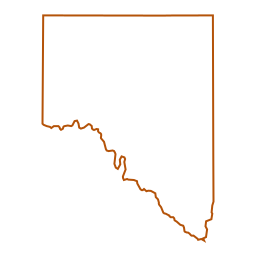 the district of Val Verde, Texas, United States of America
{"feature_id": "52423323B42666839171000", "entity_name": "Val Verde", "entity_type": "district", "adm_level": 2, "iso_a3": "USA", "parent_name": "United States of America", "parent_adm1": "Texas", "projection": "equal_earth", "projection_center": [-101.192, 29.763], "detail": "fine", "context": "isolated", "style": "outline", "palette": "amber", "viewbox_px": 256, "rotation_deg": 0, "n_neighbors": 0, "source": "geoboundaries", "source_scale": "gbopen_adm2", "svg_char_len": 1516}
<svg xmlns="http://www.w3.org/2000/svg" viewBox="0 0 256 256"><path d="M171.2,15.5L169.3,15.5L164.0,15.6L43.2,15.4L42.5,123.7L43.6,124.8L46.7,126.1L50.0,126.9L51.3,128.0L53.9,126.1L58.4,126.1L59.6,127.4L60.0,128.8L61.0,129.8L62.8,128.8L63.5,126.7L64.2,126.2L67.8,125.5L71.2,126.1L72.4,125.4L74.6,121.1L77.0,120.6L78.5,123.6L79.2,127.6L80.9,128.6L84.0,127.6L88.5,124.1L89.7,124.3L91.7,126.0L92.0,128.6L93.1,129.6L94.0,130.0L96.6,129.0L98.1,129.3L98.1,131.4L99.0,132.5L100.5,133.3L101.1,134.1L101.2,135.6L100.9,137.8L101.1,138.4L104.0,141.8L105.9,149.1L106.7,150.5L108.6,151.1L112.6,150.5L114.0,151.0L114.9,152.5L115.5,154.1L114.4,163.8L115.8,167.6L117.8,168.9L120.3,164.3L119.8,159.7L121.6,156.4L124.4,157.4L125.1,159.0L124.3,162.0L125.6,169.5L122.9,176.5L123.0,177.9L123.9,180.0L127.1,179.0L128.3,179.6L133.9,180.0L137.0,181.2L137.3,183.5L140.5,189.3L141.7,190.1L142.8,190.1L144.0,189.0L146.4,191.2L148.3,190.7L150.9,190.9L155.3,193.3L155.8,197.1L158.0,199.4L158.9,202.7L158.8,203.6L159.1,204.6L161.1,207.2L163.3,212.6L164.3,213.4L165.7,213.7L169.4,215.6L169.5,216.3L170.7,217.2L173.2,217.2L174.2,218.3L174.6,220.3L176.8,221.7L180.3,224.8L183.2,225.7L184.0,227.6L184.5,231.2L185.0,231.8L186.8,232.5L188.1,232.6L189.4,233.5L191.0,235.3L191.8,235.7L193.5,235.6L197.6,238.8L198.1,239.8L201.3,239.0L204.1,240.6L203.2,238.4L206.0,237.1L207.1,229.4L205.5,226.3L206.1,221.3L211.4,219.2L212.3,213.6L211.6,212.4L212.3,205.5L213.5,201.6L213.3,157.8L212.9,15.4L171.2,15.5Z" fill="none" stroke="#b45309" stroke-width="2"/></svg>